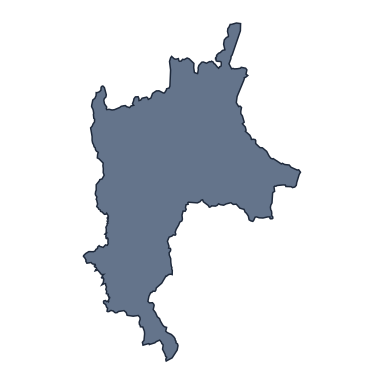 outline of Abura-asebu-kwamankese, Central, Ghana
{"feature_id": "2480657B30493820921", "entity_name": "Abura-asebu-kwamankese", "entity_type": "district", "adm_level": 2, "iso_a3": "GHA", "parent_name": "Ghana", "parent_adm1": "Central", "projection": "equal_earth", "projection_center": [-1.222, 5.267], "detail": "fine", "context": "isolated", "style": "filled", "palette": "slate", "viewbox_px": 384, "rotation_deg": 0, "n_neighbors": 0, "source": "geoboundaries", "source_scale": "gbopen_adm2", "svg_char_len": 5947}
<svg xmlns="http://www.w3.org/2000/svg" viewBox="0 0 384 384"><path d="M240.6,23.6L236.4,23.0L231.5,24.4L230.2,24.4L228.8,27.5L227.9,28.4L227.5,31.4L228.4,35.1L228.4,36.6L226.4,37.5L224.3,39.9L223.6,44.2L224.9,49.8L222.5,50.4L220.2,52.6L218.6,53.2L216.6,55.3L216.7,56.5L215.6,57.8L215.5,58.9L216.2,59.0L216.0,60.0L216.2,60.8L217.1,61.3L220.2,61.5L221.0,61.9L221.3,62.8L221.2,65.7L220.6,66.5L219.8,66.6L218.6,68.2L217.0,66.7L215.1,64.2L214.1,63.7L213.0,61.9L211.5,61.2L210.9,61.8L209.5,61.6L206.5,63.2L203.3,62.0L201.8,62.2L198.9,65.4L198.1,68.0L198.3,69.7L197.6,73.6L197.3,73.6L194.4,72.5L193.7,67.7L193.9,63.4L189.1,58.8L187.1,58.0L184.2,59.6L182.6,59.3L181.1,61.1L179.5,61.3L178.8,60.7L178.4,58.6L175.9,59.2L174.2,58.8L171.6,56.4L170.6,57.9L169.5,61.4L170.6,70.0L169.9,86.2L169.1,88.0L166.6,88.8L166.2,90.3L164.5,92.9L163.4,93.0L159.0,90.8L156.3,90.9L152.6,93.4L150.9,98.0L148.3,99.4L147.6,97.8L146.7,97.1L142.1,98.2L140.6,100.2L139.0,100.6L138.9,98.5L138.1,96.7L135.4,96.9L134.0,98.7L133.5,101.1L132.5,103.7L133.7,105.3L131.1,105.9L129.6,107.6L126.6,106.7L125.5,105.6L124.2,105.7L121.2,106.3L119.7,107.5L114.4,109.7L112.0,110.0L109.2,109.3L106.7,109.6L106.3,108.7L106.7,107.0L104.5,103.9L103.8,100.3L104.3,98.6L105.9,97.0L106.3,94.8L104.4,87.6L103.0,86.1L102.2,86.1L101.1,87.2L100.9,90.3L99.3,91.8L97.1,92.7L96.2,92.6L96.1,95.6L94.9,98.3L92.8,100.0L91.7,105.3L91.6,106.6L93.1,109.7L93.7,113.2L93.4,114.6L93.8,118.3L94.6,119.1L94.5,122.0L93.2,123.7L92.1,126.3L90.6,127.9L92.1,136.5L92.1,140.4L92.6,142.9L93.6,144.8L94.1,146.8L95.2,147.7L95.5,149.7L96.5,151.2L98.2,152.3L97.6,154.5L97.3,157.9L99.0,158.8L103.2,163.1L102.9,165.8L103.3,168.5L103.2,172.6L104.2,175.2L102.0,179.0L99.8,179.6L99.3,180.9L96.2,184.7L96.2,190.5L95.7,191.2L95.3,193.8L95.5,194.9L96.9,197.0L96.2,199.4L96.7,200.0L97.6,204.0L96.7,206.6L98.1,207.8L98.7,209.1L100.2,210.0L100.6,211.4L101.9,211.8L104.4,214.3L106.0,214.2L106.7,213.2L108.4,216.1L108.2,217.9L107.7,217.5L107.6,218.0L107.2,218.1L107.5,218.8L108.0,218.8L107.7,219.4L108.0,219.8L108.0,221.3L107.2,221.3L107.9,223.2L107.1,223.6L107.2,225.0L105.9,227.2L106.3,229.3L106.2,231.6L106.8,232.8L106.0,233.6L105.6,233.3L104.9,234.2L105.7,234.3L106.1,235.5L105.8,236.4L106.3,237.7L106.0,237.9L106.2,238.4L107.0,238.7L107.6,238.1L108.1,239.2L107.9,242.3L108.2,243.5L107.3,245.3L105.5,244.9L103.2,247.4L99.6,246.3L99.1,245.7L97.6,247.1L97.5,248.5L96.0,249.3L94.9,251.1L93.4,251.7L88.8,251.6L85.7,253.5L83.6,255.6L83.5,256.6L84.5,257.4L86.0,260.0L85.8,261.1L86.9,263.2L91.1,262.5L92.4,263.9L95.2,264.4L95.4,265.3L94.3,266.0L95.0,267.1L96.3,267.6L96.8,269.2L96.4,269.9L95.7,269.7L95.2,270.8L97.6,270.0L100.2,272.8L100.5,273.7L102.3,274.6L103.4,274.5L102.3,275.3L102.7,275.8L101.2,278.2L102.7,277.3L103.2,277.9L103.1,278.6L103.8,279.0L103.3,282.5L101.9,284.8L103.7,283.9L105.5,283.6L105.8,285.5L106.5,286.9L105.8,289.3L106.7,291.2L106.3,293.6L108.3,294.3L108.0,295.7L108.6,296.1L108.8,297.1L109.3,297.2L109.1,297.9L109.6,298.0L108.2,300.7L108.7,301.2L108.4,301.8L107.8,301.0L106.8,301.6L105.4,300.5L103.7,301.0L103.5,301.6L103.7,303.2L105.7,304.6L106.6,307.2L107.6,308.2L107.0,311.2L107.9,311.7L109.3,311.4L110.9,310.4L113.4,311.1L114.6,312.4L115.6,312.8L117.1,312.6L118.5,311.5L124.0,310.6L126.2,312.5L127.1,315.3L133.2,316.2L138.2,315.5L139.8,317.2L140.2,319.1L139.2,322.1L139.4,324.4L140.2,325.4L140.4,326.8L142.8,327.0L144.4,331.3L144.6,333.8L144.0,340.3L142.4,342.3L143.0,345.2L148.5,343.6L148.9,343.7L149.3,344.5L149.9,344.0L150.4,344.2L154.9,342.8L156.3,341.6L159.7,340.1L161.3,342.1L161.9,343.7L162.9,344.4L163.1,345.8L162.5,349.2L165.0,354.1L165.6,356.3L166.7,357.2L166.0,358.6L165.8,359.8L166.2,361.0L172.1,357.9L177.2,350.0L178.0,345.7L177.5,343.9L176.0,342.8L176.0,341.3L175.2,340.0L175.0,338.6L173.7,336.7L171.4,334.5L167.3,332.6L165.7,331.2L166.6,327.4L164.3,326.7L162.8,325.2L160.5,321.2L159.5,318.6L157.3,316.8L155.5,312.6L153.2,309.6L154.1,305.6L153.9,304.4L152.5,302.7L149.4,302.9L147.9,301.4L148.9,296.4L150.6,292.7L151.7,292.5L152.9,291.2L155.0,291.3L155.8,290.2L156.3,287.9L161.7,283.2L165.9,276.1L166.4,276.3L168.7,274.5L170.9,274.2L172.2,274.6L172.3,270.2L171.7,269.2L171.9,267.5L171.3,266.1L170.8,262.2L170.7,258.6L169.3,255.1L169.1,252.8L170.5,250.9L170.7,249.4L170.4,248.4L168.6,248.1L169.0,246.2L167.4,241.2L169.1,237.1L171.9,236.1L173.3,234.8L175.1,235.2L175.6,234.8L175.8,234.1L175.2,232.2L176.2,229.2L178.6,225.1L179.8,222.1L181.9,220.9L182.4,219.2L182.0,215.1L183.1,211.1L185.2,211.2L186.2,209.3L185.5,207.7L186.0,204.8L188.2,204.2L187.8,202.9L188.4,202.2L197.4,202.9L200.1,201.6L201.2,200.2L202.6,199.8L203.4,201.8L208.2,205.4L209.3,207.2L210.5,206.9L211.6,205.9L215.5,206.1L217.1,205.4L218.6,203.8L220.4,204.7L223.7,205.2L226.2,203.9L230.9,202.7L233.2,204.4L236.3,204.2L239.9,208.2L244.1,209.4L245.1,212.1L246.4,213.2L248.3,216.0L249.1,219.8L250.9,220.9L252.8,221.4L253.6,220.5L255.1,217.2L256.5,216.9L259.1,217.8L263.0,218.0L267.8,216.9L269.9,216.9L269.9,218.2L270.4,218.8L272.1,218.8L272.8,218.3L272.8,217.0L271.6,215.4L271.8,213.4L271.5,211.1L270.7,209.7L270.4,207.2L270.8,205.1L272.0,202.9L272.6,193.3L273.0,192.4L274.6,191.4L274.0,186.9L274.7,186.2L276.0,186.2L277.1,185.5L283.4,184.9L285.4,185.1L285.9,186.5L291.3,186.7L292.5,187.6L294.8,187.0L296.3,185.3L296.7,182.6L299.2,174.4L300.5,172.2L298.7,169.8L297.1,170.0L291.1,167.3L289.2,165.0L284.6,164.5L282.4,163.3L281.3,163.9L273.2,158.6L272.5,158.9L270.7,158.2L268.9,155.7L266.7,151.4L262.4,147.8L259.9,147.6L255.7,143.5L255.7,140.4L255.1,139.6L253.1,139.2L251.7,139.5L251.2,139.1L251.2,138.1L249.9,135.3L245.4,131.3L246.1,130.2L245.3,127.0L242.4,123.8L244.2,122.2L242.4,116.0L240.8,113.6L240.8,111.2L241.5,107.5L240.0,106.1L238.7,106.6L236.3,102.7L237.1,96.5L243.7,80.5L244.4,78.3L244.3,77.6L245.6,77.3L247.8,75.5L246.0,74.1L246.9,69.9L245.6,68.2L241.2,67.3L240.5,68.2L237.6,68.7L234.4,68.9L233.0,68.4L231.6,68.8L229.0,63.8L230.9,58.7L231.1,56.3L232.1,55.1L240.4,30.8L240.6,23.6Z" fill="#64748b" stroke="#1e293b" stroke-width="1.5"/></svg>